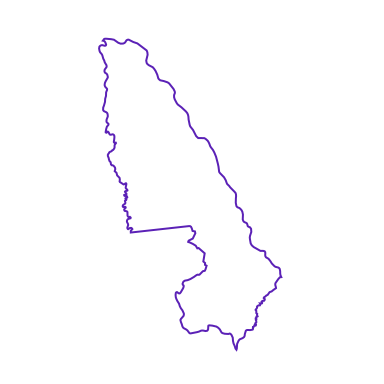 Mutarara, Tete, Mozambique (Robinson projection), rotated 174°
{"feature_id": "85939544B58328889190937", "entity_name": "Mutarara", "entity_type": "district", "adm_level": 2, "iso_a3": "MOZ", "parent_name": "Mozambique", "parent_adm1": "Tete", "projection": "robinson", "projection_center": [35.123, -17.229], "detail": "fine", "context": "isolated", "style": "outline", "palette": "violet", "viewbox_px": 384, "rotation_deg": 174, "n_neighbors": 0, "source": "geoboundaries", "source_scale": "gbopen_adm2", "svg_char_len": 6011}
<svg xmlns="http://www.w3.org/2000/svg" viewBox="0 0 384 384"><g transform="rotate(174 192 192)"><path d="M264.8,351.8L263.9,351.5L263.3,351.1L262.6,349.9L262.0,347.7L262.2,347.0L262.5,346.7L263.3,346.5L266.1,347.5L267.4,347.3L268.4,346.7L268.9,346.2L269.4,344.4L269.2,341.9L268.8,340.6L267.3,338.4L266.9,337.3L266.3,333.8L265.6,332.1L265.2,330.0L263.8,327.0L263.8,325.6L264.0,325.1L266.0,322.9L266.4,321.6L266.4,320.7L266.0,319.7L264.6,318.6L264.0,317.5L263.7,315.4L263.8,314.6L266.2,311.3L267.1,309.8L267.6,308.2L267.7,307.2L267.5,306.3L267.1,305.4L265.9,303.8L265.7,303.4L265.8,302.4L267.0,300.1L267.5,296.5L268.6,293.8L269.1,290.7L270.5,287.2L271.5,285.2L271.8,283.0L271.7,282.4L271.1,281.6L268.8,280.2L268.1,279.4L267.8,278.3L267.8,277.2L267.8,276.2L268.1,275.4L269.3,273.1L269.7,271.4L269.5,270.2L268.0,268.6L268.0,267.8L268.3,267.3L269.8,265.9L270.8,263.5L271.6,260.7L271.6,260.3L271.0,259.9L270.4,260.1L269.8,260.9L269.3,260.8L268.7,260.1L268.0,258.2L267.5,257.6L266.7,257.4L265.1,257.7L264.6,257.6L263.8,257.0L263.4,256.1L263.4,254.8L263.9,252.3L264.5,250.1L264.5,249.7L264.0,249.0L262.7,249.1L262.5,248.6L263.8,247.1L264.1,246.6L264.4,244.2L264.9,243.3L266.0,242.1L267.0,241.8L267.7,241.0L269.6,240.4L270.1,240.1L270.8,239.0L271.3,238.6L271.8,237.8L271.9,236.6L271.3,234.5L271.2,233.2L270.8,231.4L269.8,230.1L269.7,227.9L269.0,227.0L268.2,226.9L267.3,226.3L266.6,225.4L266.0,224.2L265.9,222.8L266.7,220.8L265.1,219.0L264.7,216.3L262.6,213.7L262.5,212.9L262.5,211.6L262.9,210.1L262.7,209.5L259.3,206.7L258.3,206.8L257.4,207.5L256.8,207.6L256.4,206.9L256.8,205.5L257.4,203.7L257.5,203.0L257.3,202.4L256.2,201.1L256.0,200.4L256.1,200.2L256.6,200.0L258.1,199.8L258.6,199.4L258.5,198.8L257.4,197.3L257.4,196.7L257.6,196.4L258.0,196.3L259.7,196.2L259.8,195.8L259.5,195.2L257.5,194.8L257.2,194.6L256.9,193.5L257.2,193.1L258.6,192.9L258.9,192.6L258.8,192.1L258.1,191.3L258.3,190.9L259.2,190.6L259.6,190.2L259.4,188.4L259.6,187.5L261.6,186.4L262.0,186.1L262.4,185.2L262.3,184.6L261.9,184.2L260.0,184.2L259.6,183.8L259.6,183.3L261.0,182.1L261.3,181.6L261.2,180.7L260.8,180.2L259.3,179.8L258.5,179.3L258.3,178.7L258.6,175.3L258.3,174.3L257.6,173.7L256.4,173.8L255.7,173.0L255.9,172.3L258.0,171.9L258.8,171.6L259.3,171.0L259.8,169.9L259.8,169.1L259.0,166.9L258.9,165.8L260.0,163.5L260.0,162.5L259.6,161.8L259.3,161.7L257.8,162.6L256.7,162.7L256.1,162.6L255.3,161.8L255.2,161.3L256.6,160.2L257.0,159.5L257.1,158.1L198.5,158.4L197.4,158.2L196.6,157.5L196.0,155.8L195.5,153.2L193.2,152.5L193.0,150.6L196.1,145.6L200.3,144.0L200.9,143.2L201.0,142.7L199.4,142.0L196.6,140.3L193.9,138.2L192.6,135.4L191.3,135.6L185.8,129.7L188.0,121.7L186.4,120.0L186.7,118.2L185.2,117.2L186.5,114.0L187.4,112.4L188.0,112.2L189.1,112.2L189.8,111.8L193.2,109.0L194.5,109.0L194.9,109.2L196.0,109.0L199.0,107.3L202.7,105.6L205.5,104.8L208.3,104.6L209.7,103.9L210.2,103.3L211.0,101.6L210.8,100.7L210.1,99.9L210.2,98.7L210.9,97.2L213.6,93.5L214.5,92.6L215.0,92.4L216.0,92.7L217.1,93.9L217.8,94.0L218.2,93.8L218.6,93.4L219.1,91.3L219.1,88.9L218.7,87.2L217.9,85.0L216.6,82.4L216.0,79.5L215.2,77.5L213.9,75.3L212.8,72.0L212.9,70.8L213.4,69.6L216.3,66.9L216.9,65.9L216.6,63.8L216.0,61.7L215.6,59.4L215.1,58.2L214.4,57.4L212.3,56.0L211.1,54.9L209.4,52.1L209.1,51.8L208.2,51.5L201.7,52.1L199.8,52.4L197.3,53.2L195.6,53.1L193.1,52.3L191.5,52.4L190.9,52.8L190.3,53.9L189.8,57.1L189.6,57.4L188.8,57.6L185.8,57.0L181.8,55.6L180.4,54.5L179.5,53.5L178.7,52.4L177.3,49.2L176.5,48.5L174.3,47.6L170.6,47.0L169.2,47.3L168.1,46.4L167.7,45.8L166.7,42.9L166.8,39.6L166.5,37.0L165.7,34.7L165.1,31.7L164.3,30.5L163.8,31.6L163.0,36.2L161.3,39.1L160.5,40.0L159.9,40.5L156.9,41.4L155.3,42.4L154.7,43.4L154.3,45.2L153.0,48.3L152.4,48.8L151.6,49.0L148.4,48.6L146.1,48.8L145.6,49.5L145.6,50.9L145.5,51.4L144.7,51.5L143.6,53.3L143.4,53.3L142.8,52.5L142.5,52.6L142.2,53.6L142.9,54.4L142.9,54.6L142.7,55.0L141.7,55.6L141.6,56.5L141.9,58.0L141.4,58.2L141.3,58.5L141.8,59.2L141.9,59.8L141.4,60.3L141.0,60.3L140.9,61.3L139.8,61.5L140.2,63.0L139.9,64.0L140.7,64.8L140.5,67.2L141.1,68.1L140.8,68.6L140.2,69.0L139.6,69.8L139.3,70.4L139.4,71.0L139.0,71.6L137.7,72.3L136.3,72.2L135.6,73.3L136.0,74.1L134.6,73.9L134.0,74.0L133.8,74.5L134.2,75.0L134.3,75.6L134.1,75.8L133.4,76.3L131.7,76.3L131.0,77.1L130.8,77.8L130.9,78.1L131.6,78.6L131.8,79.0L131.4,79.7L130.0,80.4L128.9,81.3L127.5,81.8L125.3,84.3L123.2,84.8L121.1,86.2L118.5,87.6L118.5,88.5L118.9,90.9L118.7,92.2L118.4,92.8L115.2,96.5L113.5,98.0L112.1,98.0L112.7,100.0L112.8,101.5L112.6,104.2L112.8,106.3L113.3,107.2L114.0,107.8L116.9,108.9L117.9,109.8L120.1,112.6L121.3,115.1L122.9,117.6L125.2,119.3L125.7,120.3L125.8,121.6L125.5,123.3L125.5,124.6L126.0,125.5L127.4,126.0L130.1,126.3L136.4,130.8L138.1,132.7L139.0,134.7L139.3,138.9L139.3,140.7L138.9,142.3L137.2,146.1L137.1,149.2L138.0,150.8L139.5,151.6L140.1,152.2L140.5,154.5L140.8,155.2L141.6,155.8L142.9,156.5L143.6,157.1L144.0,157.8L144.4,159.4L143.7,164.2L144.0,167.1L144.6,168.7L145.5,170.0L146.5,171.1L148.3,172.0L149.0,172.8L149.3,173.4L149.6,176.7L149.0,181.2L148.6,183.2L148.5,185.0L148.8,186.5L149.7,187.8L153.6,192.7L154.3,194.0L156.2,196.3L156.6,197.5L157.2,200.1L158.6,203.3L162.3,208.0L162.9,209.2L163.0,214.4L163.3,217.3L164.4,224.6L165.7,229.0L166.8,231.7L168.6,234.6L169.1,235.7L169.8,238.5L170.5,240.3L171.1,241.4L172.1,242.5L173.0,243.5L174.2,244.3L180.2,245.0L182.0,247.1L184.5,253.6L186.9,257.4L187.3,259.1L187.8,264.3L187.7,267.3L187.9,269.1L188.4,270.8L189.6,272.7L193.6,277.3L197.0,280.5L197.9,282.0L199.5,286.0L199.9,288.1L199.7,290.2L198.7,292.2L198.6,292.9L198.7,293.9L199.6,296.4L203.4,302.4L204.8,303.6L208.5,305.3L211.9,306.4L212.9,307.4L213.6,308.4L214.3,312.4L215.6,316.2L216.8,318.5L218.0,320.2L221.8,322.7L223.2,324.2L223.6,325.1L223.8,327.5L221.8,333.1L221.8,335.6L222.3,337.5L230.8,345.5L234.7,347.3L239.0,350.1L239.9,350.2L240.9,349.9L241.4,349.6L242.8,347.8L243.7,347.2L245.1,346.8L247.5,347.0L249.7,348.1L253.7,351.6L256.3,352.4L261.3,353.4L262.6,353.5L263.3,353.4L264.8,351.8Z" fill="none" stroke="#5b21b6" stroke-width="2"/></g></svg>